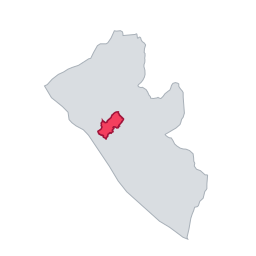 location of District #2, Grand Bassa, Liberia, rotated 14°
{"feature_id": "62588387B28377115536759", "entity_name": "District #2", "entity_type": "district", "adm_level": 2, "iso_a3": "LBR", "parent_name": "Liberia", "parent_adm1": "Grand Bassa", "projection": "orthographic", "projection_center": [-9.849, 6.418], "detail": "fine", "context": "in_parent", "style": "filled", "palette": "rose", "viewbox_px": 256, "rotation_deg": 14, "n_neighbors": 0, "source": "geoboundaries", "source_scale": "gbopen_adm2", "svg_char_len": 5626}
<svg xmlns="http://www.w3.org/2000/svg" viewBox="0 0 256 256"><g transform="rotate(14 128 128)"><path d="M36.8,107.4L39.2,105.4L42.6,99.0L47.5,92.8L52.0,89.2L55.6,85.4L59.4,82.6L64.8,79.2L73.1,70.4L75.0,69.4L76.3,63.2L78.4,55.5L80.8,53.0L86.4,51.6L87.8,50.2L89.8,44.8L91.0,38.4L91.2,37.0L93.4,36.8L97.2,35.4L99.4,36.1L100.3,37.9L100.8,39.5L112.3,35.5L113.3,34.6L113.9,34.8L115.4,38.4L116.2,38.2L116.9,37.1L117.6,37.0L118.5,37.5L119.4,39.2L120.9,40.7L123.4,41.7L125.0,43.2L124.8,47.0L125.4,50.8L126.5,51.6L127.1,53.9L127.3,56.3L127.9,57.6L128.4,60.1L128.2,62.7L128.6,64.6L130.4,67.8L131.6,71.9L131.6,74.7L130.9,77.8L129.7,80.5L127.6,83.5L127.4,84.7L128.7,85.5L130.6,85.7L132.2,85.0L136.3,86.4L138.4,88.4L140.3,90.9L142.0,92.1L142.8,93.6L145.6,93.2L149.0,91.7L149.7,91.0L150.7,91.4L152.8,91.5L154.4,88.8L155.6,85.8L158.2,82.4L159.4,81.1L159.8,79.0L159.9,76.2L160.8,73.8L163.0,72.5L165.3,72.5L166.6,73.0L167.2,75.3L169.1,77.1L170.7,78.3L171.5,78.8L172.9,80.2L174.1,84.8L179.1,99.9L178.9,104.1L177.9,106.8L177.9,109.4L177.6,112.1L174.6,116.4L165.6,125.2L166.3,126.0L168.5,127.0L170.6,127.5L172.4,127.2L174.7,129.4L177.1,132.2L179.7,133.6L183.4,134.9L186.6,135.0L189.4,134.5L193.2,135.0L197.4,137.3L198.9,141.1L199.9,144.4L201.3,146.0L201.5,148.9L204.4,151.4L208.6,151.9L214.1,154.8L215.4,154.6L216.0,154.3L216.7,154.8L218.1,163.3L219.2,167.8L218.6,169.6L217.9,171.0L217.9,177.9L215.4,181.8L215.1,186.1L214.4,187.5L211.8,188.8L211.7,192.1L211.1,196.1L210.8,200.4L211.6,211.5L211.7,219.8L212.9,221.4L207.8,220.7L192.7,214.4L181.1,210.8L142.2,190.2L131.4,181.9L119.0,169.5L91.4,144.5L85.1,140.5L77.1,138.5L72.2,136.4L68.8,134.1L66.0,127.2L59.1,123.0L46.4,117.1L36.8,107.4Z" fill="#d9dde1" stroke="#a8b0b8" stroke-width="1"/><path d="M101.5,141.0L101.8,141.0L101.9,140.9L102.0,141.0L102.3,141.0L102.5,141.1L102.8,141.0L103.0,141.2L103.1,141.3L103.4,141.4L103.5,141.4L103.4,141.2L103.5,141.1L103.8,141.2L103.8,141.3L104.0,141.3L104.3,141.3L104.5,141.4L104.6,141.2L104.8,141.1L105.1,141.2L105.3,141.3L105.5,141.3L105.7,141.2L105.8,141.2L106.0,141.3L106.1,141.6L106.0,141.8L105.9,142.1L106.1,142.3L106.2,142.6L106.3,142.8L106.5,142.9L106.7,143.0L107.1,143.0L107.4,143.0L107.6,143.1L107.9,143.2L108.2,143.3L108.4,143.4L108.6,143.5L108.8,143.7L109.0,143.9L109.4,143.9L109.4,143.6L109.5,143.1L109.4,142.5L109.4,142.2L109.7,142.0L109.9,141.8L110.0,141.6L110.2,141.4L110.3,141.2L110.2,141.1L110.0,140.8L110.0,140.7L110.3,140.5L110.3,140.2L110.2,140.0L110.1,139.8L110.1,139.4L110.1,139.1L110.1,138.9L110.4,138.7L110.6,138.4L110.8,138.1L110.9,137.9L111.0,138.0L111.2,137.9L111.4,137.4L111.5,137.2L111.6,136.9L111.8,136.8L112.1,136.8L112.2,137.0L112.4,137.2L112.6,137.2L112.9,137.2L113.0,137.1L113.0,136.9L113.2,136.6L113.4,136.3L113.4,136.1L113.5,135.9L113.8,135.7L114.0,135.5L114.3,135.4L114.4,135.2L114.2,135.0L114.0,134.7L113.9,134.3L113.7,134.1L113.3,133.9L113.4,133.6L113.5,133.3L113.7,133.0L114.0,132.5L114.3,132.2L114.4,131.7L114.2,131.4L114.1,131.2L113.8,131.2L113.6,131.2L113.4,131.1L113.6,130.7L113.6,130.4L113.8,130.4L114.0,130.3L114.1,130.2L114.4,130.1L114.7,130.2L115.0,130.2L115.3,130.2L115.5,130.1L116.0,130.2L116.5,130.4L116.9,130.6L117.2,130.7L117.4,130.6L117.8,130.4L118.2,130.2L118.3,130.2L118.5,130.0L118.4,129.9L118.4,129.7L118.5,129.6L118.5,129.4L118.6,129.2L118.5,128.9L118.7,128.7L118.8,128.6L118.7,128.6L118.8,128.5L118.7,128.5L118.7,128.4L118.6,128.2L118.4,127.9L118.4,127.6L118.7,127.3L118.8,127.2L118.9,126.8L119.0,126.7L119.2,126.4L119.3,126.2L119.5,125.9L119.5,125.7L119.8,125.3L119.9,125.2L120.1,124.6L120.2,124.4L120.4,123.8L120.6,123.7L120.5,123.3L120.7,123.2L120.7,122.7L121.1,122.3L121.2,121.9L121.3,121.6L121.4,121.2L121.5,121.0L121.5,120.8L121.5,120.3L121.4,120.2L121.2,120.2L120.9,120.0L120.8,119.9L120.7,119.8L120.6,119.7L120.4,119.6L120.1,119.6L119.9,119.6L120.0,119.4L119.8,119.3L119.6,119.1L119.4,119.1L119.2,118.9L118.7,118.7L118.4,118.6L118.2,118.4L118.1,118.5L117.9,118.4L117.7,118.3L117.6,118.2L117.4,118.1L117.3,117.8L117.2,117.8L116.9,117.8L116.7,117.8L116.6,117.7L116.6,117.4L116.4,117.2L116.1,116.9L116.0,116.7L115.9,116.6L115.7,116.4L115.6,116.2L115.4,116.1L115.2,116.0L115.2,115.8L115.0,115.7L114.9,115.5L114.8,115.2L114.7,115.1L114.7,114.8L114.7,114.7L113.8,114.9L112.8,115.3L111.8,116.0L111.4,116.5L110.5,117.6L110.2,118.3L110.1,118.5L109.7,119.1L109.5,119.3L109.4,119.3L109.4,119.6L109.4,119.8L109.3,120.0L109.1,120.4L109.1,120.5L109.1,121.8L109.0,122.1L108.9,122.2L108.8,122.3L108.7,122.5L108.4,122.7L108.4,122.8L108.3,123.1L108.2,123.3L108.0,123.5L107.9,123.8L107.6,124.1L107.3,124.2L107.2,124.5L107.0,124.8L106.9,125.0L106.7,125.4L106.7,125.5L106.4,125.6L106.3,125.8L106.4,126.1L106.2,126.3L106.1,126.5L106.3,126.9L106.3,127.0L106.2,127.0L106.0,127.4L106.0,127.5L105.9,127.5L105.8,127.8L105.7,127.9L105.4,127.9L105.2,128.0L104.9,128.0L104.6,128.2L104.6,128.3L104.3,128.3L104.1,128.3L103.6,128.0L103.5,127.9L103.4,127.7L103.2,127.8L102.9,127.7L102.8,127.8L102.7,127.8L102.6,127.7L102.4,127.5L102.4,127.4L102.2,127.4L101.9,127.3L101.9,127.1L101.8,126.9L101.7,126.9L101.5,127.0L101.4,126.9L101.5,127.3L101.6,127.8L101.5,128.2L101.1,128.8L100.9,129.2L100.8,129.5L100.8,129.9L101.0,130.4L101.1,130.5L101.3,130.9L101.4,131.2L101.5,131.4L101.4,131.7L101.3,131.9L101.3,132.1L101.5,132.4L101.8,132.6L102.2,132.8L102.3,133.0L102.5,133.3L102.4,133.5L102.4,134.0L102.3,134.9L102.2,135.2L101.9,135.9L101.5,136.4L101.3,136.6L100.9,136.9L100.5,137.5L100.2,137.8L99.8,138.1L99.7,138.4L99.6,138.5L99.7,138.8L99.8,139.0L100.1,139.4L100.3,139.6L100.4,139.8L100.6,140.1L100.8,140.2L101.1,140.3L101.3,140.4L101.3,140.5L101.4,140.9L101.5,141.0Z" fill="#f43f5e" stroke="#9f1239" stroke-width="1.5"/></g></svg>